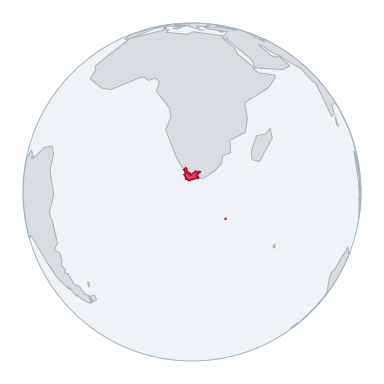 globe centered on Western Cape
{"feature_id": "ZAF-1189", "entity_name": "Western Cape", "entity_type": "Province", "adm_level": 1, "iso_a3": "ZAF", "parent_name": "South Africa", "parent_adm1": "", "projection": "orthographic", "projection_center": [20.981, -38.718], "detail": "fine", "context": "on_globe", "style": "filled", "palette": "rose", "viewbox_px": 384, "rotation_deg": 0, "n_neighbors": 0, "source": "natural_earth", "source_scale": "10m", "svg_char_len": 7442}
<svg xmlns="http://www.w3.org/2000/svg" viewBox="0 0 384 384"><circle cx="192" cy="192" r="169" fill="#eef3f6" stroke="#a8b0b8"/><path d="M26.7,157.1L27.6,156.7L31.5,150.3L32.4,153.5L31.6,158.3L33.6,155.7L33.7,158.0L44.5,147.4L52.2,146.1L53.5,154.4L50.0,169.8L53.7,195.1L49.3,212.5L52.8,223.3L57.5,243.6L54.2,249.4L60.0,253.3L62.1,260.4L61.3,265.1L65.3,269.8L64.9,273.2L68.1,273.6L73.7,283.9L79.4,286.4L85.1,294.2L88.8,295.4L88.7,296.8L90.1,299.2L92.4,300.6L89.1,302.9L81.2,299.0L77.1,294.7L76.8,296.2L67.5,285.9L69.4,289.4L57.8,278.3L49.5,266.4L33.0,238.5L30.9,235.6L29.7,237.8L28.4,234.1L25.6,221.5L23.9,208.6L23.1,195.7L23.3,182.7L24.5,169.8L26.7,157.1ZM96.6,299.9L90.4,303.3L92.9,301.0L89.5,296.3L94.6,295.4L96.6,299.9ZM88.6,286.8L87.7,282.5L89.0,282.4L89.9,285.3L88.6,286.8ZM146.2,29.4L149.1,28.6L161.2,25.9L173.4,24.1L185.6,23.2L197.9,23.1L210.1,24.0L222.3,25.8L234.3,28.4L246.0,31.9L257.5,36.3L268.7,41.4L279.4,47.4L289.7,54.1L299.4,61.6L308.6,69.7L317.2,78.5L325.1,87.9L332.3,97.8L338.8,108.3L335.6,103.7L331.8,104.1L334.3,114.6L331.6,116.1L321.0,93.9L315.4,82.9L312.0,80.9L300.6,68.4L282.4,58.1L279.3,55.3L276.0,54.6L267.9,49.9L263.1,46.0L258.4,44.6L271.1,55.4L276.0,57.3L279.6,56.2L282.3,59.8L290.0,65.8L282.9,69.6L255.1,67.9L251.7,59.9L227.2,39.4L227.6,38.0L227.4,37.8L227.1,37.5L225.5,39.6L221.1,36.5L234.9,48.4L237.5,53.9L254.7,68.2L253.3,69.1L258.6,72.9L275.0,75.1L275.2,77.8L267.9,88.2L244.7,102.7L247.4,118.8L245.1,132.6L229.9,140.0L230.6,152.5L222.6,156.0L221.6,163.3L214.8,170.9L203.7,178.2L185.6,178.6L185.1,171.3L176.9,158.4L165.7,129.9L170.9,117.0L169.5,108.1L156.4,91.3L159.3,81.4L155.6,78.2L148.2,80.4L143.9,77.0L139.3,77.9L110.4,89.8L101.4,87.9L90.0,78.6L95.1,70.9L95.6,65.5L129.9,38.5L137.7,36.6L165.3,29.7L168.8,29.6L166.1,32.4L187.2,34.3L193.4,31.7L212.0,34.5L224.1,35.8L227.5,31.5L207.7,29.1L203.8,27.0L219.2,27.1L236.4,30.5L235.5,29.9L224.2,26.8L227.7,27.0L220.2,25.8L223.6,26.7L219.0,26.2L215.6,25.4L217.0,25.4L211.7,24.7L206.5,25.5L209.3,26.5L195.7,26.2L199.1,27.9L195.6,28.7L188.5,26.2L188.8,25.4L175.9,24.5L174.3,25.2L186.4,26.3L182.8,26.3L180.7,27.9L179.5,26.7L166.7,25.9L154.1,28.5L138.8,35.3L131.3,38.0L124.7,39.6L129.5,35.4L145.8,30.1L147.7,29.2L144.2,29.9L146.2,29.4ZM353.5,142.2L355.3,149.6L358.5,164.6L359.7,176.6L358.4,168.1L356.9,157.3L355.3,151.2L353.9,143.9L349.5,130.8L353.5,142.2ZM348.9,129.2L347.5,126.2L345.8,122.0L339.3,109.2L348.9,129.2ZM118.8,48.0L118.0,49.4L118.0,49.5L118.8,48.0ZM250.9,33.6L249.9,33.3L244.2,31.6L255.3,36.6L253.6,36.6L255.3,37.8L265.2,41.7L259.6,37.9L262.9,39.2L259.8,37.6L259.1,37.7L251.3,34.0L255.1,35.3L253.6,34.7L250.9,33.6ZM172.6,28.4L175.2,28.2L179.4,27.8L178.1,29.0L172.6,28.4ZM163.7,27.8L166.1,27.3L166.3,28.4L163.5,28.8L163.7,27.8ZM167.2,26.4L166.2,27.2L165.1,27.0L167.2,26.4ZM224.3,31.7L220.9,32.1L219.0,31.4L220.6,31.4L224.3,31.7ZM198.5,29.3L204.5,30.2L198.1,29.7L198.5,29.3ZM274.9,244.1L274.8,248.0L272.8,246.8L274.9,244.1ZM272.3,137.9L259.4,161.5L252.0,159.6L251.4,150.9L256.6,135.7L265.5,133.9L270.1,128.4L272.3,137.9ZM357.6,225.3L358.0,223.2L358.2,222.5L357.9,224.2L357.6,225.3ZM358.6,219.8L359.2,204.9L358.9,197.5L359.4,196.5L359.9,206.4L358.6,219.8ZM359.4,196.0L358.4,180.9L353.9,151.0L355.6,155.4L359.6,178.6L359.5,179.8L360.1,190.1L359.4,196.0ZM360.4,206.1L360.6,202.0L360.7,197.4L360.8,187.3L360.8,185.3L360.4,206.1ZM335.0,116.1L338.3,125.7L336.6,124.7L335.0,116.1ZM256.4,348.2L257.9,347.6L257.7,347.7L256.4,348.2ZM292.2,326.8L298.5,322.5L293.6,326.7L290.4,328.5L292.2,326.8ZM296.8,324.5L299.1,322.5L302.5,319.7L302.9,319.0L307.7,314.4L316.0,306.4L316.2,305.7L318.6,303.7L317.6,304.1L322.7,298.3L327.1,292.2L329.3,278.3L331.4,272.3L334.5,269.8L343.6,253.9L343.2,255.8L347.9,247.1L348.7,253.5L350.2,251.5L345.1,263.5L339.1,275.1L332.2,286.3L324.5,296.8L316.0,306.8L306.7,316.0L296.8,324.5Z" fill="#d9dde1" stroke="#a8b0b8" stroke-width="1"/><path d="M198.5,178.1L198.4,178.1L198.0,178.2L197.9,178.3L197.9,178.5L197.1,178.4L196.9,178.2L196.9,178.3L197.0,178.3L196.9,178.4L196.6,178.3L196.4,178.3L196.4,178.2L196.5,178.1L196.4,178.1L196.0,178.1L195.9,178.1L195.7,178.2L195.6,178.3L195.2,178.3L194.9,178.4L194.8,178.5L194.4,178.7L194.4,178.8L194.3,179.0L194.2,179.1L193.9,179.3L193.5,179.2L193.4,179.1L193.1,179.2L193.1,179.3L192.9,179.3L192.7,179.3L192.2,179.2L191.8,179.2L191.7,179.2L191.8,179.2L191.6,179.3L191.7,179.5L191.2,179.4L190.9,179.4L190.8,179.5L190.7,179.6L190.5,179.8L190.4,179.8L190.2,180.0L189.8,180.3L189.7,180.4L189.8,180.5L189.6,180.5L189.3,180.3L188.9,180.3L188.7,180.3L188.4,180.1L188.2,179.9L188.0,180.0L188.0,179.9L187.9,180.0L188.1,179.7L188.0,179.4L187.9,179.3L187.7,179.4L187.4,179.2L187.5,179.0L187.4,179.2L187.2,179.2L186.9,179.2L186.8,179.3L186.7,179.3L186.7,179.2L186.8,178.9L186.7,178.7L186.8,178.6L186.7,178.4L186.3,178.4L186.1,178.4L185.9,178.5L185.9,178.9L185.9,179.1L185.7,179.1L185.7,178.9L185.6,178.7L185.6,178.4L185.6,178.1L185.7,177.9L185.9,177.9L185.9,177.7L185.7,177.3L185.7,177.1L185.5,176.9L185.4,176.7L185.0,176.3L185.0,176.2L184.8,175.9L184.7,175.8L184.6,175.7L184.9,175.9L185.0,175.9L184.9,175.7L184.7,175.6L184.7,175.4L184.4,175.4L184.3,175.2L184.3,174.9L184.2,174.8L184.3,174.8L184.4,174.7L184.5,174.4L184.6,174.5L184.8,174.6L185.3,174.2L185.4,173.8L185.4,173.7L185.4,173.4L185.4,173.2L185.3,172.7L185.3,172.4L185.2,172.2L185.1,171.8L185.1,171.6L184.7,171.0L184.6,170.9L184.4,170.7L184.2,170.4L184.2,170.2L183.9,169.9L184.0,169.9L184.0,169.6L184.2,169.2L184.3,169.1L184.4,168.9L184.5,168.8L184.9,168.9L185.1,168.8L185.2,168.6L185.3,168.4L185.4,168.2L185.5,167.9L185.6,168.0L185.6,167.9L185.9,167.8L186.3,168.1L186.5,168.4L186.6,168.5L186.8,168.6L186.8,168.9L186.8,169.0L186.8,169.4L186.8,169.9L186.9,170.1L187.0,170.2L187.0,170.3L187.0,170.6L187.1,170.8L187.2,171.0L187.2,171.3L187.2,171.5L187.2,171.8L187.1,172.0L187.3,172.0L187.5,172.0L187.7,171.9L187.7,172.1L187.8,172.2L187.9,172.4L188.0,172.4L188.2,172.5L188.3,172.9L188.2,173.1L188.2,173.4L188.3,173.6L188.3,174.0L188.5,174.1L188.5,173.9L188.6,173.6L188.8,173.5L188.9,173.4L189.1,173.3L189.4,173.3L189.6,173.1L189.9,172.8L190.0,172.8L190.1,173.0L189.9,173.3L189.8,173.5L189.8,173.8L189.9,174.0L190.0,174.3L190.1,174.5L190.3,174.6L190.4,174.8L190.5,174.9L190.6,175.0L190.8,175.0L190.9,174.9L191.0,174.9L191.3,174.9L191.5,174.8L191.6,174.6L191.6,174.3L191.7,174.2L191.9,174.2L192.2,174.1L192.3,174.0L192.5,173.7L192.8,173.3L193.1,173.3L193.4,173.1L193.4,172.9L193.6,172.9L193.8,172.9L194.2,173.0L194.3,172.9L194.5,172.8L194.5,172.7L194.8,172.4L194.7,172.3L194.8,171.9L195.2,171.1L195.3,171.0L195.8,171.2L195.9,171.3L196.0,171.4L196.1,171.6L196.3,171.7L196.4,171.8L196.6,171.8L196.9,171.9L197.1,172.0L197.6,171.9L197.8,171.6L198.0,171.5L198.1,171.4L198.4,171.4L198.6,171.3L198.8,171.4L199.0,171.5L199.2,171.8L199.4,171.7L199.5,171.6L199.9,171.8L200.0,171.8L199.9,171.9L199.9,172.0L200.0,172.2L199.9,172.3L199.8,172.5L199.7,172.8L199.2,173.0L198.9,172.9L198.7,173.0L198.5,173.3L198.1,173.3L197.8,173.3L197.7,173.5L197.6,173.8L197.7,174.0L197.7,174.3L197.8,174.4L197.8,174.5L197.7,174.7L197.3,174.7L197.2,174.6L197.2,174.8L196.9,175.1L196.8,175.3L196.8,175.5L196.3,176.2L196.3,176.3L196.7,176.4L197.0,176.4L197.6,176.4L198.0,176.5L198.3,176.7L198.4,176.9L198.5,177.1L198.0,177.3L197.8,177.5L198.1,177.6L198.3,177.6L198.6,177.8L198.5,178.0L198.5,178.1ZM225.2,218.9L225.3,218.9L225.5,219.0L225.5,219.3L225.4,219.3L225.1,219.2L225.2,218.9ZM225.7,218.4L225.8,218.3L225.9,218.5L225.7,218.5L225.7,218.4Z" fill="#f43f5e" stroke="#9f1239" stroke-width="1.5"/></svg>